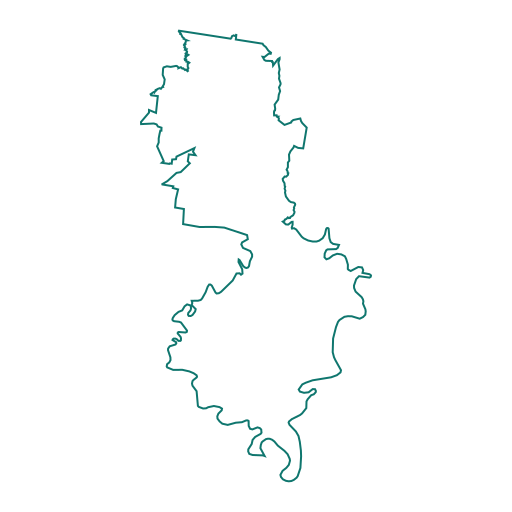 Jáltipan, Veracruz, Mexico
{"feature_id": "50627088B42259130127478", "entity_name": "Jáltipan", "entity_type": "district", "adm_level": 2, "iso_a3": "MEX", "parent_name": "Mexico", "parent_adm1": "Veracruz", "projection": "albers", "projection_center": [-94.718, 17.862], "detail": "fine", "context": "isolated", "style": "outline", "palette": "teal", "viewbox_px": 512, "rotation_deg": 0, "n_neighbors": 0, "source": "geoboundaries", "source_scale": "gbopen_adm2", "svg_char_len": 6008}
<svg xmlns="http://www.w3.org/2000/svg" viewBox="0 0 512 512"><path d="M306.7,127.6L302.2,123.0L301.0,121.0L300.3,118.5L293.3,120.0L291.4,121.5L291.2,122.5L284.5,124.9L278.6,120.3L278.9,118.6L278.5,117.7L277.6,117.1L278.1,116.6L276.8,116.5L276.6,115.3L274.1,115.4L274.0,111.9L274.4,110.6L275.0,110.4L275.2,108.7L274.6,104.6L278.2,99.6L278.8,94.7L280.1,91.1L279.0,87.4L280.5,84.4L280.6,83.2L279.0,78.7L279.4,75.8L278.8,73.0L279.6,69.5L278.4,62.5L279.6,59.2L279.6,58.0L277.9,59.1L273.1,65.6L272.8,62.1L272.1,62.0L272.0,61.0L265.9,60.8L264.4,60.0L262.6,56.8L264.5,57.0L268.8,53.6L270.7,53.8L271.0,52.7L268.3,50.6L265.8,47.0L263.5,45.2L262.6,43.7L235.8,39.5L236.4,34.1L235.7,35.5L234.6,35.9L233.6,35.4L232.0,36.2L231.1,38.6L231.4,38.8L179.0,30.7L178.8,31.3L179.6,32.4L180.3,32.1L180.3,34.0L181.0,34.0L182.4,37.0L183.8,38.1L183.6,38.8L187.1,40.4L186.0,40.5L185.3,43.7L185.7,45.0L185.3,44.6L184.5,45.3L184.2,44.5L183.9,45.0L185.2,47.3L184.6,47.7L185.4,48.5L185.0,49.6L186.6,49.4L186.1,50.5L187.1,51.6L187.0,52.3L185.8,53.3L188.4,54.9L187.1,55.8L185.9,54.3L185.3,56.1L186.0,57.0L185.7,58.1L185.4,58.6L183.9,58.7L184.6,58.9L185.0,60.1L186.3,59.9L186.3,61.6L187.4,61.7L187.8,63.0L188.6,62.2L189.3,62.7L187.7,64.0L187.7,66.8L188.4,68.1L187.3,70.1L187.9,70.9L187.5,71.2L185.9,69.5L185.0,70.0L183.2,68.3L182.3,68.6L180.9,67.2L178.6,68.1L179.0,66.7L178.3,67.5L177.2,66.2L176.1,65.9L170.7,66.9L166.9,66.3L163.6,67.4L163.1,68.6L162.7,74.9L164.7,79.4L164.0,84.2L162.7,86.4L163.1,87.0L161.7,87.6L160.9,88.8L159.7,88.2L157.5,89.0L156.4,90.2L156.2,89.8L155.6,90.1L155.7,91.3L155.4,90.8L154.5,92.3L154.3,91.9L153.6,92.1L150.6,94.2L151.2,95.3L157.8,96.1L156.0,112.9L149.0,110.0L149.0,112.6L141.0,122.0L141.1,124.1L153.8,123.5L156.6,124.4L157.9,126.5L161.5,127.7L161.4,130.7L160.3,130.7L159.5,134.1L158.7,138.4L158.7,142.5L157.1,146.3L163.7,161.1L161.8,162.8L169.3,163.9L169.8,163.4L171.7,163.7L172.2,159.5L176.0,159.2L176.5,156.6L194.4,148.1L193.0,151.7L195.5,155.2L188.8,154.4L187.8,161.3L189.8,163.3L180.7,172.1L176.5,172.9L167.4,181.1L162.3,184.1L162.4,184.5L173.3,186.3L172.8,188.0L178.1,189.4L175.8,199.2L175.1,207.5L183.9,209.0L183.1,224.1L199.6,227.0L214.7,226.9L224.3,227.6L247.1,235.1L247.8,239.2L242.1,242.4L241.3,244.4L243.0,247.9L250.3,251.1L252.1,254.4L252.1,256.7L249.9,261.2L249.0,266.1L248.0,267.5L246.5,268.0L245.3,267.7L243.3,266.2L239.6,260.1L238.7,259.5L238.5,262.0L242.2,269.2L242.5,273.6L241.0,274.7L239.6,273.3L236.5,273.5L232.7,280.5L221.1,291.8L218.9,293.2L216.6,293.5L215.5,292.5L211.8,285.6L210.4,284.5L209.2,284.5L207.7,286.7L205.6,292.3L202.1,298.5L200.7,300.0L198.1,300.7L191.7,300.8L192.3,303.0L191.7,305.1L195.7,309.1L195.1,311.5L192.5,315.0L190.7,316.0L188.7,315.9L188.0,314.7L188.3,312.9L190.4,310.5L191.0,308.8L190.9,306.9L190.4,305.4L187.1,304.4L184.6,306.3L182.2,310.4L178.5,311.9L174.7,315.1L172.9,317.8L172.4,319.3L172.7,320.4L174.1,321.2L179.2,321.8L181.0,322.5L187.0,330.6L186.8,331.9L185.5,332.5L178.7,332.0L177.8,332.5L177.7,333.5L180.6,336.9L181.0,338.3L180.9,340.3L180.4,340.9L178.5,340.9L176.6,339.1L175.3,338.6L173.7,338.6L172.8,339.3L172.5,340.0L176.1,342.2L176.3,343.3L175.5,344.5L169.7,346.3L168.1,348.6L168.0,350.1L170.4,357.3L170.5,360.1L169.3,362.4L167.1,364.2L166.7,366.4L167.2,367.4L173.2,369.9L182.3,369.8L189.3,371.4L193.6,373.2L196.6,375.3L197.0,376.7L196.7,377.4L193.3,380.1L192.5,381.1L192.0,383.6L192.5,385.7L196.6,391.2L197.9,405.9L198.8,406.9L203.1,408.5L206.1,408.3L208.2,407.2L213.9,406.0L219.5,407.1L222.0,408.6L221.7,410.3L218.4,413.6L217.3,416.3L217.5,418.6L219.6,421.4L222.3,423.7L227.7,424.9L235.8,422.7L241.9,422.2L246.2,420.4L247.7,420.4L248.6,421.0L248.7,425.9L250.1,428.8L252.4,429.4L257.5,427.4L259.8,428.1L261.2,429.5L261.5,432.7L260.6,433.9L255.2,436.9L252.6,439.9L251.7,444.0L248.3,449.3L248.2,451.4L249.3,453.9L252.6,455.0L262.9,455.4L264.6,456.0L260.4,448.2L260.8,445.1L261.7,442.4L262.7,441.4L266.0,439.1L268.0,438.7L269.8,438.8L272.2,439.8L274.4,441.5L277.8,445.6L284.4,450.8L287.6,454.2L289.7,458.8L290.0,460.7L288.8,464.9L286.3,467.9L282.6,470.8L280.4,474.9L281.0,477.0L282.9,479.3L285.9,480.8L288.7,481.3L291.4,481.0L293.8,479.9L296.6,477.7L297.7,476.1L300.4,468.0L301.1,456.4L300.9,450.6L299.8,441.8L298.5,436.0L295.9,431.5L289.5,424.8L288.6,422.6L289.0,421.5L291.9,419.1L300.1,415.0L302.1,413.4L306.3,408.1L306.5,401.4L307.7,399.2L311.2,395.2L313.8,394.3L315.7,392.2L315.9,391.0L315.0,389.2L312.7,389.1L308.6,392.3L304.0,392.8L299.9,391.6L298.7,389.5L302.3,384.4L305.8,382.7L312.6,380.3L331.1,377.3L336.9,375.2L340.5,372.4L341.0,370.2L335.3,360.0L334.0,357.2L332.7,352.2L333.1,338.5L336.0,327.1L338.0,321.9L339.5,320.0L344.4,316.8L347.9,316.2L351.8,316.3L359.7,318.7L363.0,317.1L365.3,314.8L365.7,311.4L365.4,309.3L363.0,303.7L363.4,301.2L362.9,299.3L361.7,297.2L355.6,291.6L354.1,288.0L354.0,285.5L356.2,279.1L359.0,276.2L369.5,277.6L370.7,276.8L371.0,275.6L370.5,274.8L369.1,274.1L362.5,272.9L363.2,270.1L362.0,267.4L358.3,267.0L350.7,271.0L348.5,269.8L347.8,269.0L347.9,264.7L346.2,259.0L344.9,256.3L341.3,254.4L337.1,253.8L332.9,255.4L329.2,258.3L326.4,259.3L324.5,257.3L324.7,253.6L326.2,250.3L327.5,249.4L336.1,249.1L337.7,247.9L339.0,244.9L333.1,243.9L330.7,242.1L329.4,238.2L328.6,228.6L327.8,228.0L326.7,228.2L326.1,229.2L324.9,234.5L322.7,238.2L319.1,240.7L316.6,241.5L312.6,241.5L308.1,240.5L303.6,238.3L301.7,236.7L296.2,229.5L294.0,228.2L292.0,228.6L291.7,227.7L292.6,224.7L292.6,221.8L291.6,221.9L288.4,224.5L287.1,224.5L285.9,224.4L282.8,221.6L284.5,220.8L284.8,219.6L286.4,218.9L287.8,217.4L288.6,218.1L290.0,218.0L290.3,217.1L293.1,215.3L294.4,212.8L294.5,211.7L293.6,210.1L294.2,208.4L293.9,207.5L295.2,204.7L295.0,203.6L293.8,202.6L290.9,202.1L289.0,200.8L285.9,196.5L285.0,192.5L285.4,190.7L284.6,188.6L285.2,186.6L284.7,186.0L284.5,183.2L283.0,180.7L282.7,178.9L284.7,176.5L286.1,176.7L287.9,175.0L288.3,173.2L287.7,173.0L287.6,171.3L286.6,169.7L287.9,167.2L287.9,162.5L289.3,160.7L289.0,154.6L290.4,151.4L293.5,147.5L294.1,145.9L298.1,147.9L303.2,148.4L306.7,127.6Z" fill="none" stroke="#0f766e" stroke-width="2"/></svg>